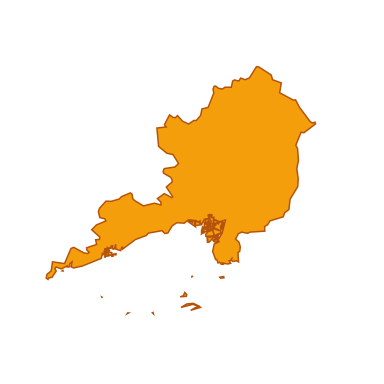 the district of Berau, Kalimantan Timur, Indonesia, rotated 116°
{"feature_id": "22746128B34069275840087", "entity_name": "Berau", "entity_type": "district", "adm_level": 2, "iso_a3": "IDN", "parent_name": "Indonesia", "parent_adm1": "Kalimantan Timur", "projection": "natural_earth1", "projection_center": [118.307, 1.815], "detail": "fine", "context": "isolated", "style": "filled", "palette": "amber", "viewbox_px": 384, "rotation_deg": 116, "n_neighbors": 0, "source": "geoboundaries", "source_scale": "gbopen_adm2", "svg_char_len": 6153}
<svg xmlns="http://www.w3.org/2000/svg" viewBox="0 0 384 384"><g transform="rotate(116 192 192)"><path d="M234.4,119.5L226.4,124.1L224.3,123.1L220.1,124.6L216.4,127.9L215.2,132.2L209.2,132.1L206.3,129.8L204.7,123.8L202.7,122.4L195.3,109.4L191.2,111.6L188.1,109.6L183.8,109.3L174.4,99.2L170.0,99.6L165.3,97.2L155.5,100.7L141.0,99.3L133.6,102.3L125.1,108.0L116.9,110.2L106.8,116.1L104.4,119.2L90.6,120.2L89.7,117.4L76.6,110.8L75.3,112.1L77.2,114.0L76.9,116.7L68.8,132.5L63.8,139.3L65.0,141.2L64.4,156.7L54.8,159.6L55.8,168.8L52.1,172.1L50.3,186.8L51.1,189.0L64.3,190.4L67.7,193.4L68.3,198.2L71.7,198.6L72.7,203.0L74.4,204.1L80.6,202.6L83.4,208.3L86.1,209.8L87.2,213.8L86.4,217.2L87.4,218.5L90.6,218.1L93.4,215.8L108.9,214.6L113.0,219.5L119.3,217.8L125.8,219.5L126.9,221.7L132.4,224.9L132.5,231.6L129.7,238.5L132.4,239.5L133.3,241.7L132.5,246.0L143.6,246.3L144.8,243.7L149.9,251.6L165.7,242.0L168.2,231.6L166.7,225.5L172.3,216.6L177.1,218.4L183.1,227.2L186.2,227.0L187.6,225.7L188.1,217.7L189.3,215.7L191.5,214.2L198.8,217.3L204.8,207.1L206.0,207.8L205.6,216.2L213.1,220.2L214.8,215.4L217.3,214.3L218.5,220.8L225.8,229.6L224.8,240.0L223.8,242.5L220.3,244.8L219.8,247.0L226.9,253.2L230.4,254.5L235.9,260.7L237.9,265.3L247.1,268.0L250.5,267.6L255.4,263.7L254.3,258.4L255.9,256.8L263.4,263.4L269.9,265.6L272.9,255.2L275.2,254.4L277.1,257.7L281.0,254.8L288.4,262.3L290.5,260.8L291.2,258.1L293.0,258.7L294.1,262.5L293.6,274.1L295.8,276.0L312.2,275.2L315.9,286.8L324.6,284.0L329.6,286.3L333.3,285.3L333.7,283.1L332.1,283.1L330.0,280.4L322.6,279.4L320.8,281.7L319.0,281.3L318.4,275.8L313.0,271.6L314.1,271.3L313.0,269.3L310.0,270.4L307.4,269.2L312.2,267.8L312.2,265.1L306.4,257.9L291.4,244.4L286.6,245.6L286.1,243.3L283.8,245.1L282.6,244.6L284.0,243.2L283.0,242.3L281.5,243.3L281.7,245.3L281.2,245.4L280.4,244.0L281.9,241.0L280.9,240.6L280.5,242.2L279.0,243.7L278.3,240.7L275.8,240.9L275.1,239.9L277.9,238.9L277.8,237.4L276.5,237.4L277.6,236.8L272.4,237.7L276.7,235.6L276.0,230.4L272.7,230.9L272.1,230.2L273.7,229.3L259.5,222.0L251.1,214.0L248.1,213.2L239.9,202.0L241.2,198.2L239.4,195.7L231.2,195.0L226.3,192.2L223.4,185.3L218.7,183.1L217.6,180.9L216.8,177.7L216.9,176.4L216.1,176.6L215.9,176.4L216.4,174.4L215.8,173.8L215.7,172.7L215.1,172.4L214.9,172.2L215.0,171.9L215.2,171.7L216.3,171.9L216.2,170.9L216.7,169.2L211.0,168.9L208.2,165.1L205.8,167.4L204.3,166.2L203.8,164.0L206.1,163.4L205.2,161.2L206.8,160.7L206.6,154.2L202.5,149.6L215.9,146.9L223.7,147.6L224.9,145.9L229.0,149.2L236.4,147.4L242.4,141.1L241.8,140.2L244.4,137.5L243.1,136.6L244.1,134.0L243.2,132.3L242.4,133.6L241.2,128.6L239.2,126.0L237.5,128.5L236.7,127.2L233.0,127.0L236.3,127.0L236.5,124.8L234.3,121.9L234.4,119.5ZM221.8,152.5L218.7,150.7L217.1,148.9L217.0,148.0L214.4,149.0L215.6,156.3L217.3,156.7L220.8,153.1L222.4,153.7L224.5,155.5L225.5,158.9L230.2,156.2L229.9,155.8L228.8,156.6L228.5,156.6L230.2,155.6L229.2,154.4L221.8,152.5ZM214.5,156.3L214.4,149.6L212.4,149.1L211.9,150.3L211.1,151.1L205.6,151.4L207.0,154.1L207.5,160.2L211.4,158.2L210.9,156.6L210.4,157.3L209.8,157.3L208.6,155.5L208.6,156.0L208.2,156.5L209.3,153.4L208.9,155.4L210.1,157.1L211.6,156.1L213.2,157.2L214.5,156.3ZM225.5,165.1L217.6,159.2L215.4,160.1L216.7,161.2L216.8,161.6L216.7,162.0L216.5,162.6L215.9,163.4L214.8,163.9L215.0,164.8L214.5,167.3L218.6,165.5L218.7,164.4L216.6,164.2L218.3,163.7L217.8,163.3L217.6,161.8L218.1,161.4L217.8,163.0L218.4,163.7L217.8,164.1L218.8,163.9L218.2,162.6L218.4,162.1L218.4,162.7L219.4,162.2L219.6,162.4L218.9,165.8L220.6,166.2L220.7,165.1L221.0,165.0L221.4,165.5L221.3,164.9L221.6,164.1L222.2,163.7L222.7,163.8L223.0,165.7L225.5,165.1ZM212.2,161.8L211.0,158.8L207.9,160.6L205.5,161.2L206.4,163.1L206.0,163.9L204.8,164.4L205.6,166.6L208.1,164.2L210.6,167.6L214.1,167.1L214.3,165.7L213.1,166.3L212.9,165.9L212.9,164.9L212.6,164.5L211.6,164.9L211.2,164.0L210.9,164.6L210.7,164.7L209.4,163.7L209.4,163.0L210.0,161.9L212.2,161.8ZM224.1,161.1L225.8,160.0L222.4,154.1L220.7,153.4L217.2,157.0L220.8,160.3L224.1,161.1ZM217.1,159.1L216.9,157.9L213.9,157.6L213.1,159.0L211.9,159.1L212.2,161.9L210.0,161.9L209.5,163.6L210.7,164.6L211.2,163.9L212.7,164.4L213.0,164.9L213.1,166.2L214.4,165.5L214.8,163.7L216.6,161.2L215.7,161.0L215.6,161.6L215.4,161.8L215.1,161.8L214.6,161.6L214.2,161.1L213.7,161.2L213.8,162.5L213.6,163.2L213.3,163.5L213.0,163.6L212.6,163.5L212.5,163.1L213.4,163.3L213.5,161.4L213.8,161.0L214.4,161.0L214.9,161.7L215.6,161.6L214.5,160.4L214.5,159.4L215.2,160.5L215.3,160.1L215.4,159.9L217.1,159.1ZM220.3,182.9L221.7,173.7L218.7,176.3L216.1,175.6L217.1,176.3L217.4,179.3L218.1,179.3L219.1,178.4L219.3,178.4L217.9,180.7L218.6,181.3L218.6,180.6L219.2,179.7L218.8,181.7L219.7,182.5L219.7,181.6L220.1,181.2L220.3,182.9ZM281.8,232.8L280.7,233.2L283.2,236.8L281.6,237.7L282.5,240.7L285.3,242.8L288.1,242.1L286.3,239.3L285.6,240.6L285.5,239.1L284.6,239.6L285.2,238.6L283.8,236.4L285.0,235.8L284.2,234.8L283.4,235.8L281.8,232.8ZM298.9,141.3L292.1,133.9L291.4,135.1L291.5,142.1L294.9,147.6L300.6,151.3L292.5,141.8L292.1,134.7L294.5,138.3L298.9,141.3ZM220.7,174.2L217.3,169.2L216.4,171.9L215.0,172.1L215.7,172.5L216.3,173.7L216.8,175.3L218.7,176.2L218.3,175.7L218.4,175.2L220.7,174.2ZM222.6,149.9L217.2,148.8L218.9,150.6L222.8,151.5L222.6,149.9ZM226.2,152.1L227.1,150.1L224.7,146.3L223.7,148.4L226.2,152.1ZM288.3,151.4L286.4,151.8L285.5,154.5L289.0,154.3L291.4,156.7L288.3,151.4ZM205.0,150.6L212.0,149.3L209.1,148.8L205.0,150.6ZM222.7,164.2L220.6,166.4L218.8,165.9L218.8,167.3L223.3,166.1L222.5,165.3L222.7,164.2ZM255.1,125.7L254.1,126.4L256.4,129.7L256.9,128.5L255.1,125.7ZM212.6,158.8L213.2,157.6L211.0,156.6L211.4,158.1L212.6,158.8ZM223.6,148.6L221.3,148.4L224.1,150.9L223.6,148.6ZM280.2,242.1L278.8,241.1L279.4,242.8L280.2,242.1ZM317.3,174.2L317.9,174.7L318.4,173.3L317.3,174.2ZM268.3,154.9L267.2,154.2L267.9,155.1L268.3,154.9ZM328.8,196.8L329.8,196.9L328.5,196.0L328.8,196.8ZM288.5,241.4L288.3,241.9L289.3,241.3L288.5,241.4ZM319.8,274.1L319.5,273.2L319.0,273.7L319.8,274.1ZM287.7,244.6L287.1,244.3L286.8,245.0L287.7,244.6ZM222.5,152.4L221.9,151.9L221.6,152.2L222.5,152.4ZM325.9,227.0L326.6,226.1L325.9,226.8L325.9,227.0Z" fill="#f59e0b" stroke="#b45309" stroke-width="1.5"/></g></svg>